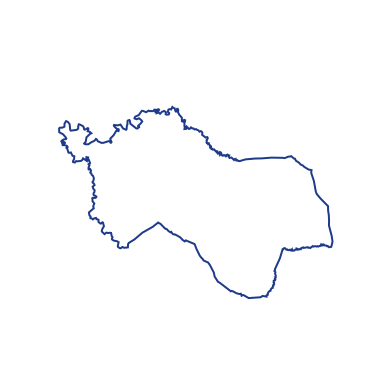 Phana, Amnat Charoen, Thailand, rotated 126°
{"feature_id": "78962969B53965297473531", "entity_name": "Phana", "entity_type": "district", "adm_level": 2, "iso_a3": "THA", "parent_name": "Thailand", "parent_adm1": "Amnat Charoen", "projection": "orthographic", "projection_center": [104.854, 15.662], "detail": "fine", "context": "isolated", "style": "outline", "palette": "blue", "viewbox_px": 384, "rotation_deg": 126, "n_neighbors": 0, "source": "geoboundaries", "source_scale": "gbopen_adm2", "svg_char_len": 6060}
<svg xmlns="http://www.w3.org/2000/svg" viewBox="0 0 384 384"><g transform="rotate(126 192 192)"><path d="M228.5,327.7L227.0,326.5L226.7,324.0L227.1,323.6L228.0,323.8L228.3,325.2L228.9,325.6L230.1,324.1L229.2,323.1L228.2,320.4L228.7,319.1L230.1,319.5L230.4,318.2L232.7,315.2L232.6,314.5L231.2,313.3L232.9,310.0L232.3,308.2L234.6,306.8L237.1,306.4L237.7,305.7L237.0,304.1L235.1,303.9L234.6,302.8L232.2,300.2L230.6,299.6L228.8,299.9L228.7,295.1L228.3,295.2L228.1,296.2L227.5,296.9L225.8,297.9L225.1,296.3L226.5,295.6L226.5,294.6L228.5,291.5L230.3,292.0L230.5,290.7L232.8,290.2L234.4,289.1L234.4,288.6L233.3,288.5L233.2,288.0L234.1,286.2L236.1,285.7L236.1,284.5L237.0,283.4L237.1,281.6L238.6,279.4L241.1,278.3L242.4,278.4L242.8,277.9L242.9,276.2L243.7,274.9L246.1,275.5L247.3,273.9L247.8,271.8L249.5,270.9L250.4,271.0L251.9,270.3L252.3,269.4L251.8,267.8L252.1,266.5L253.4,266.5L255.0,268.8L255.6,269.0L258.1,266.8L258.7,264.3L261.7,263.5L262.9,261.9L269.1,263.4L271.3,261.1L271.4,259.7L272.9,258.8L272.3,257.4L272.4,256.1L270.8,255.6L269.4,254.4L270.1,253.2L269.5,252.1L269.5,251.2L271.2,250.1L271.4,247.7L271.1,247.1L269.2,246.7L269.1,246.0L271.5,243.1L274.7,242.8L276.4,242.2L277.0,241.7L277.5,238.0L275.2,237.4L274.4,235.6L273.2,234.5L272.7,233.4L274.8,231.1L275.3,229.7L277.0,229.3L277.4,228.7L277.3,226.7L275.9,223.7L275.7,221.9L279.5,220.2L280.0,219.4L279.8,217.1L279.2,216.5L277.4,216.0L277.0,214.1L274.5,211.3L271.7,213.1L270.4,213.2L264.3,210.7L254.0,208.2L243.3,203.3L236.8,201.5L237.0,201.1L236.5,200.2L236.3,198.6L237.3,193.1L237.4,191.8L237.1,191.6L236.9,190.0L237.3,189.0L237.4,186.8L237.2,185.4L236.5,185.3L237.3,182.9L236.8,181.2L236.3,180.9L235.6,175.1L236.3,171.1L236.2,168.8L234.8,168.6L232.6,159.3L235.5,154.8L238.9,148.4L239.8,145.4L239.8,144.3L240.6,142.4L239.6,137.5L240.5,134.7L244.4,126.9L247.1,124.0L249.4,118.1L249.1,116.1L249.5,102.2L248.8,101.9L248.3,100.6L247.9,97.1L247.2,94.9L246.6,93.6L245.6,92.7L246.8,90.9L245.4,90.3L245.1,89.6L244.5,83.8L236.8,74.6L234.7,73.9L232.8,70.2L232.0,70.9L230.6,70.3L230.3,70.9L227.7,71.3L226.4,71.0L225.7,70.4L224.3,71.1L222.3,70.8L222.1,70.4L220.6,71.2L220.0,71.0L219.7,71.6L218.2,71.4L217.8,72.1L217.1,72.3L217.1,72.9L215.8,73.7L214.6,72.9L213.7,73.2L213.8,73.8L213.3,74.1L211.8,74.1L211.6,74.8L210.5,75.0L209.1,76.9L207.8,77.4L207.4,78.9L206.7,78.8L205.4,79.6L194.0,81.9L185.1,85.0L184.8,84.5L184.2,84.8L183.4,84.5L182.8,83.8L183.2,81.7L182.4,81.0L182.6,80.3L182.1,79.4L181.0,78.8L181.1,77.7L179.9,77.5L180.6,77.0L179.9,76.6L180.2,75.8L179.0,74.7L178.3,74.8L177.0,73.8L176.3,74.2L176.2,73.7L176.9,73.1L175.9,71.9L175.6,72.1L175.3,71.4L174.6,71.1L174.2,70.3L173.5,70.7L171.5,69.6L171.6,68.8L168.6,65.9L168.8,65.2L168.0,64.3L167.8,63.4L164.8,62.5L164.9,61.8L163.5,60.6L162.8,59.0L162.2,58.8L161.9,57.7L160.7,57.2L160.1,56.4L158.6,56.7L158.9,55.7L158.3,55.5L158.3,54.8L157.8,54.8L157.6,55.3L157.0,54.7L157.3,53.4L156.3,51.6L156.5,50.8L155.9,50.4L156.1,48.6L154.5,47.1L149.6,49.1L145.5,53.1L138.6,61.5L134.3,64.5L130.1,67.9L127.1,70.9L123.5,73.6L121.8,83.9L120.3,90.0L118.6,92.4L111.5,99.8L106.9,106.2L105.9,107.2L104.0,108.2L105.3,110.9L105.7,115.8L105.4,118.0L105.9,120.0L105.4,122.9L105.6,126.3L104.5,128.4L105.0,129.0L104.7,132.9L105.7,133.4L106.8,134.9L110.1,136.9L111.1,138.8L117.4,147.8L123.7,155.2L127.9,160.7L134.2,167.9L139.1,171.7L140.3,174.4L139.9,174.5L140.2,174.9L139.7,175.8L140.4,175.8L140.5,177.0L141.4,176.9L140.9,180.3L142.4,181.7L141.8,183.2L140.6,183.4L140.9,184.0L140.8,185.2L141.9,185.9L142.7,185.3L143.2,185.5L142.8,186.3L143.4,187.1L143.3,187.9L144.5,188.3L144.9,189.9L144.4,190.0L143.5,191.0L143.7,191.8L143.2,191.7L143.0,192.3L143.3,192.7L144.7,192.2L143.9,193.2L144.6,193.4L144.9,194.5L145.6,194.1L145.2,195.9L144.4,195.8L145.0,197.8L144.5,199.0L145.0,199.4L145.1,200.4L145.6,200.4L145.8,201.4L145.3,201.5L145.3,202.2L144.7,202.7L145.4,202.9L145.5,203.4L144.4,204.1L144.3,204.5L143.7,204.5L143.5,206.1L142.9,206.8L143.7,207.2L143.1,207.9L143.7,208.7L143.5,209.3L141.7,210.2L141.5,210.7L139.5,210.7L138.7,211.5L138.6,211.9L139.9,213.0L139.8,217.4L138.1,218.3L137.4,220.0L137.6,220.7L138.8,221.4L138.3,223.1L138.8,224.4L138.7,225.6L139.9,226.7L139.7,228.2L140.4,229.1L140.3,230.8L142.3,231.0L142.8,231.6L142.1,235.1L142.6,235.2L143.6,233.9L144.2,233.7L145.5,235.1L143.7,236.0L143.1,236.9L141.4,238.2L138.0,239.7L138.1,240.5L139.1,241.2L139.9,240.3L140.3,240.3L140.7,241.7L137.8,244.0L136.9,248.0L135.5,250.5L133.9,251.1L133.1,252.5L133.5,252.9L135.3,251.5L136.4,252.2L136.2,253.1L134.5,255.2L134.9,256.4L134.8,257.9L137.5,257.4L137.8,258.4L139.0,259.5L141.4,258.8L141.5,256.9L142.0,256.5L143.0,256.4L144.3,257.9L144.6,259.0L142.9,260.0L142.7,262.0L144.6,263.4L147.5,263.8L147.3,265.8L149.0,266.9L147.7,267.8L148.9,268.5L148.5,269.0L147.7,268.8L146.3,266.8L144.9,266.9L144.7,267.7L146.7,269.3L147.5,270.9L148.9,270.7L150.0,271.6L150.6,272.9L151.4,273.5L151.7,275.0L154.4,276.0L155.2,279.3L155.8,280.3L161.1,280.3L164.4,282.2L166.1,282.0L166.3,281.6L165.6,279.4L163.5,278.2L163.7,275.0L164.2,273.7L167.0,273.8L170.0,274.5L170.5,274.2L170.2,273.3L170.5,272.9L172.6,273.4L173.3,274.4L173.0,282.0L170.7,284.4L170.6,285.0L171.6,285.8L172.5,285.9L175.4,283.9L176.6,283.7L179.7,281.8L180.4,281.9L181.1,285.0L179.5,289.5L181.9,291.4L183.5,294.4L184.3,294.2L184.7,293.2L185.1,290.1L184.4,288.2L185.3,287.4L186.0,287.3L186.3,288.8L187.0,289.2L192.2,288.8L196.8,289.5L197.3,289.2L198.8,286.5L199.8,286.5L200.0,287.0L199.4,288.2L199.8,289.3L204.3,292.6L205.5,294.2L206.3,298.0L205.4,300.1L205.5,300.9L207.8,301.0L211.4,302.9L214.3,303.9L215.8,305.9L216.3,307.3L216.1,307.8L213.9,307.5L209.8,309.5L205.1,308.7L203.6,308.0L203.5,310.5L204.2,312.1L201.9,312.9L201.5,313.4L201.7,314.0L204.1,315.0L204.7,315.6L204.6,316.3L203.3,317.6L202.8,319.1L203.4,322.6L203.8,323.4L205.7,322.7L207.5,321.4L208.3,321.4L209.7,322.0L213.6,326.1L213.3,327.1L209.1,330.8L208.3,333.4L208.6,335.5L211.4,335.4L214.2,333.6L216.0,334.6L217.7,336.7L218.6,336.9L221.7,334.5L221.1,330.3L221.9,326.6L222.6,325.1L223.4,325.1L224.6,326.5L225.9,327.2L228.5,327.7Z" fill="none" stroke="#1e3a8a" stroke-width="2"/></g></svg>